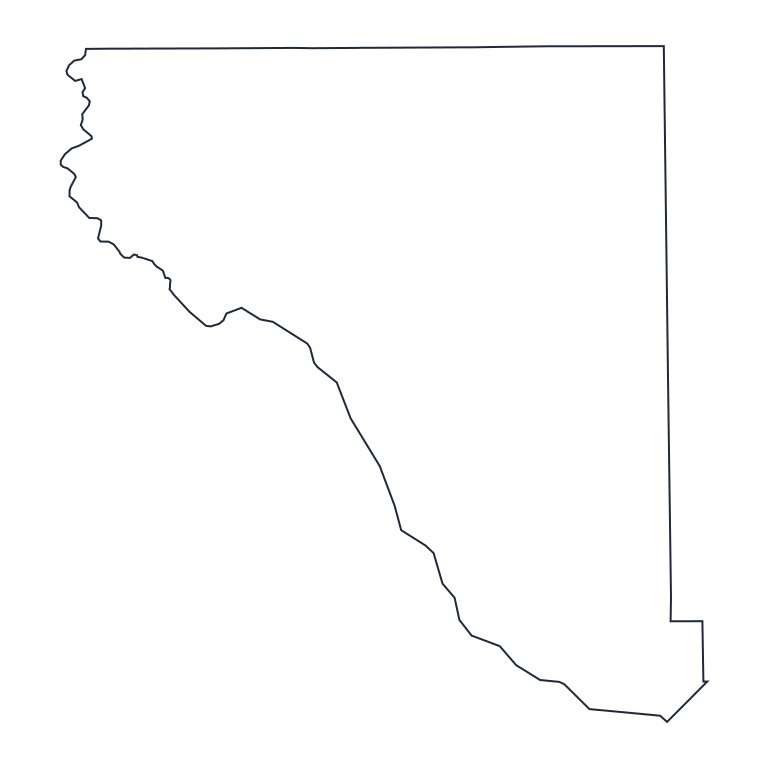 El Paso, Texas, United States of America (Albers equal-area conic projection)
{"feature_id": "52423323B54521825371801", "entity_name": "El Paso", "entity_type": "district", "adm_level": 2, "iso_a3": "USA", "parent_name": "United States of America", "parent_adm1": "Texas", "projection": "albers", "projection_center": [-106.454, 31.695], "detail": "fine", "context": "isolated", "style": "outline", "palette": "slate", "viewbox_px": 768, "rotation_deg": 0, "n_neighbors": 0, "source": "geoboundaries", "source_scale": "gbopen_adm2", "svg_char_len": 1653}
<svg xmlns="http://www.w3.org/2000/svg" viewBox="0 0 768 768"><path d="M310.7,48.2L294.8,47.9L213.9,48.4L136.5,48.6L119.3,48.7L106.1,48.7L86.0,48.9L85.1,55.2L81.3,59.3L74.2,60.6L69.2,65.1L66.4,71.0L67.6,74.8L75.1,80.9L81.6,79.1L85.1,88.1L82.5,92.2L83.3,96.2L86.7,97.7L89.8,101.3L88.9,105.4L82.2,114.2L82.7,119.5L80.8,125.2L83.5,129.5L91.5,136.2L91.9,138.7L78.9,145.8L71.7,148.4L65.0,154.1L60.7,160.6L60.8,164.8L63.1,166.9L67.5,168.3L74.4,174.1L75.8,177.1L70.5,187.2L69.6,190.5L69.5,196.3L77.1,202.5L79.0,207.2L82.6,211.0L89.3,218.0L97.5,218.2L98.1,218.6L101.1,220.3L101.2,225.5L98.0,238.4L100.4,241.5L108.7,241.7L113.2,244.1L114.1,244.8L119.6,252.0L120.3,253.8L124.2,257.6L130.0,257.9L133.9,254.5L137.0,255.2L137.5,256.9L141.7,257.6L152.3,261.1L152.8,261.9L153.9,263.6L154.5,264.4L156.9,266.8L157.0,266.7L162.8,270.6L163.3,271.8L163.4,272.3L163.8,273.4L165.4,278.0L165.9,278.0L167.8,277.8L170.2,279.5L170.3,280.3L170.5,281.0L170.1,283.4L170.0,285.6L169.9,287.6L169.5,289.1L174.2,295.2L189.4,311.7L206.0,325.8L210.6,326.4L219.0,323.9L223.5,320.2L226.4,313.5L241.5,307.8L241.8,308.0L260.1,319.4L272.8,321.8L307.3,343.6L310.1,347.8L314.0,362.6L317.5,367.1L336.8,382.5L339.1,388.6L347.6,410.5L350.6,418.3L379.8,466.2L394.6,505.7L401.2,530.2L425.6,545.6L433.6,553.1L442.5,583.6L454.6,597.8L459.4,619.9L471.6,635.6L499.8,646.2L516.2,665.2L540.1,680.0L559.4,681.9L564.4,684.3L589.4,709.1L660.1,715.7L667.1,721.9L707.3,681.5L703.4,681.5L702.4,621.2L670.6,621.3L671.0,597.5L668.3,400.3L663.8,46.1L614.9,46.2L545.0,46.3L492.6,47.0L475.0,47.3L470.2,47.3L370.2,47.8L360.7,47.8L358.3,47.9L311.0,48.2L310.7,48.2Z" fill="none" stroke="#1e293b" stroke-width="2"/></svg>